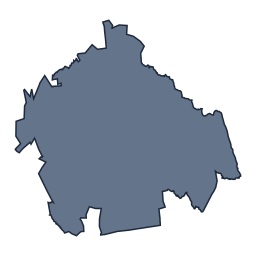 Chikomba, Mashonaland East, Zimbabwe
{"feature_id": "62879985B62139417575129", "entity_name": "Chikomba", "entity_type": "district", "adm_level": 2, "iso_a3": "ZWE", "parent_name": "Zimbabwe", "parent_adm1": "Mashonaland East", "projection": "equal_earth", "projection_center": [31.281, -18.846], "detail": "fine", "context": "isolated", "style": "filled", "palette": "slate", "viewbox_px": 256, "rotation_deg": 0, "n_neighbors": 0, "source": "geoboundaries", "source_scale": "gbopen_adm2", "svg_char_len": 5753}
<svg xmlns="http://www.w3.org/2000/svg" viewBox="0 0 256 256"><path d="M240.5,174.6L240.3,174.5L239.9,173.8L239.6,172.7L238.6,171.6L237.9,170.5L237.7,170.0L237.7,169.2L237.8,168.8L237.9,168.4L237.8,168.2L237.3,168.2L237.2,168.1L236.9,166.3L236.9,165.4L237.2,164.3L237.0,163.1L236.4,161.9L235.5,159.2L235.5,158.3L234.8,156.9L234.8,156.5L233.8,154.6L233.1,152.9L232.8,151.4L232.8,149.7L231.5,147.9L231.0,146.9L230.9,144.7L230.7,143.9L228.3,136.9L227.1,130.9L225.6,126.7L224.4,124.6L222.9,118.9L222.1,116.1L222.0,115.1L221.8,114.4L221.6,114.2L221.3,113.0L221.0,112.7L220.1,112.2L219.1,111.4L218.1,111.6L217.0,110.7L216.0,110.4L214.6,111.4L214.4,111.8L213.9,112.7L213.6,114.5L213.3,115.0L212.4,115.0L210.6,114.0L210.1,113.6L209.4,113.5L207.6,114.3L206.4,115.4L205.4,115.6L204.9,116.0L204.4,116.0L203.5,115.7L202.9,115.2L202.3,113.9L201.8,112.1L201.7,110.5L202.1,108.7L200.9,108.6L199.8,109.4L198.8,109.6L198.6,109.5L198.1,109.1L197.6,109.6L197.2,109.7L196.5,109.5L195.4,108.6L194.0,108.1L193.7,107.7L193.3,106.8L192.5,104.0L192.4,103.2L192.0,102.6L191.7,102.0L191.7,101.1L192.0,100.4L191.9,100.0L190.2,100.1L189.3,99.8L188.7,99.1L188.3,98.8L184.9,98.4L184.1,97.7L182.2,97.4L181.9,97.1L182.1,96.8L182.0,95.1L181.4,93.2L181.4,92.5L181.3,92.1L180.3,90.9L178.5,90.6L177.2,89.7L176.7,89.7L175.3,89.0L174.9,88.5L174.6,87.6L174.6,86.6L173.8,84.6L173.8,83.1L173.1,81.6L172.8,80.0L172.3,79.6L171.8,79.8L169.9,78.9L169.7,78.4L169.4,76.9L168.9,76.7L168.3,77.0L167.5,76.5L166.8,76.4L166.3,75.7L165.8,74.8L165.5,74.6L164.6,75.6L164.4,76.4L164.1,76.5L164.0,76.4L163.8,75.8L163.2,75.7L162.3,76.1L161.7,75.8L160.8,75.8L160.3,75.3L159.7,74.9L158.8,75.0L157.8,74.4L157.5,73.9L157.2,72.9L156.5,73.0L156.2,71.8L154.9,70.0L154.0,69.6L153.4,68.4L153.2,67.4L152.9,66.8L151.6,67.0L151.3,66.6L150.6,66.4L149.7,67.1L149.4,67.7L149.1,67.8L148.9,67.3L149.1,66.0L148.7,65.5L148.3,65.2L147.8,65.1L146.3,66.3L145.7,66.3L145.0,65.9L144.7,65.8L143.8,65.0L143.1,64.9L142.5,64.3L142.2,63.5L141.7,63.2L141.4,62.5L140.7,53.3L144.2,46.2L140.4,41.4L133.4,36.3L126.6,34.3L127.1,25.5L119.2,25.0L113.8,27.3L112.5,28.1L112.0,28.1L112.6,25.4L108.8,20.3L102.8,22.1L104.3,26.5L104.6,31.0L105.4,38.0L106.3,48.1L97.5,49.3L92.1,44.7L85.2,53.0L78.1,53.8L77.3,55.3L79.9,60.4L78.3,61.8L76.5,58.6L76.2,58.6L76.0,59.5L76.1,60.4L75.7,60.6L75.2,60.4L74.6,61.1L74.2,61.3L73.7,60.7L73.6,61.8L73.8,62.2L73.5,62.8L71.6,63.1L71.5,63.9L71.2,65.0L70.9,65.3L70.0,65.5L70.2,66.3L70.1,66.8L69.2,67.7L68.9,67.7L68.6,68.2L68.5,68.3L68.0,67.6L67.6,67.3L66.8,67.2L65.4,66.4L64.8,66.5L64.3,67.4L64.1,67.9L63.2,68.3L62.8,69.2L62.4,69.1L62.1,69.7L61.7,69.3L61.4,69.6L60.8,69.4L59.8,69.6L57.6,71.4L57.1,72.4L56.8,72.4L56.3,72.1L55.3,73.4L54.6,73.6L54.2,74.4L53.9,75.6L53.6,75.7L53.3,75.3L52.6,75.2L52.3,79.9L53.3,79.6L57.4,78.8L57.8,84.3L61.1,83.3L61.3,85.7L59.0,86.0L53.1,86.3L53.1,86.6L51.8,86.7L44.7,75.6L40.0,82.8L39.2,85.1L33.6,98.8L31.7,89.1L30.0,96.6L24.6,89.5L23.8,90.2L26.3,102.5L24.6,105.9L24.1,118.6L16.1,121.3L15.9,136.2L20.6,143.7L15.5,148.9L15.4,149.4L15.4,149.8L16.1,150.1L16.4,150.8L17.6,151.8L19.3,152.7L21.4,150.2L23.3,148.2L30.0,142.3L31.0,144.2L34.6,138.2L38.5,148.6L39.4,150.6L42.0,155.7L42.7,156.3L42.5,156.8L42.2,157.2L41.2,157.3L40.9,157.0L39.1,158.8L45.9,162.1L42.3,167.2L38.6,173.6L47.1,191.0L51.0,198.5L52.6,201.2L53.2,202.4L52.3,201.8L51.3,201.9L50.8,202.8L50.5,202.9L50.2,202.7L49.6,202.8L49.0,202.5L48.7,202.6L48.1,202.4L50.3,214.6L49.7,214.8L49.6,215.0L50.1,215.1L50.8,214.9L51.8,217.0L52.0,218.0L52.1,218.4L53.2,219.6L53.4,219.6L53.6,220.0L53.7,221.0L54.5,221.7L55.8,222.0L55.9,222.4L55.9,223.4L56.0,223.7L56.3,224.1L56.8,224.1L57.1,223.8L57.5,223.9L57.8,224.3L57.8,224.8L58.0,225.2L58.9,225.8L59.1,226.3L59.7,226.1L59.9,226.3L60.1,226.8L60.0,227.4L60.1,227.6L60.9,228.4L61.2,228.2L61.4,228.6L61.5,229.1L62.0,229.8L63.7,231.2L64.6,233.0L68.9,231.5L71.8,233.7L76.5,235.7L79.8,232.5L81.0,231.6L83.8,231.4L83.5,225.8L81.3,220.6L80.2,219.6L80.2,219.3L80.7,218.0L86.3,218.0L86.0,214.9L89.3,206.8L89.4,206.7L95.6,208.5L101.3,208.5L99.5,218.8L99.4,226.5L101.5,232.7L100.7,234.0L100.7,235.0L103.5,234.6L104.4,234.6L117.4,231.4L129.5,230.1L132.3,229.6L160.3,225.3L160.2,222.0L160.0,221.5L160.0,218.6L158.9,209.0L165.1,207.1L164.9,206.2L163.1,201.3L162.4,191.3L164.9,191.1L165.5,190.9L166.2,190.5L167.0,190.5L167.2,190.2L167.5,190.2L167.7,189.5L168.0,189.3L168.7,189.4L170.2,190.7L171.1,191.2L171.4,191.2L171.7,191.4L172.2,191.3L172.6,191.4L173.0,191.0L173.6,190.8L174.0,191.4L174.0,192.7L174.2,193.2L175.0,193.7L175.9,195.3L176.5,196.0L177.0,196.1L177.0,195.2L177.5,195.2L177.8,195.8L178.2,196.1L178.5,197.0L179.3,197.3L180.0,198.3L181.0,198.1L182.1,196.7L183.1,196.2L183.7,196.2L184.0,195.6L184.6,195.1L185.1,193.7L185.6,193.4L185.8,192.7L186.8,192.4L186.8,193.5L187.0,194.5L189.2,197.2L189.6,198.0L190.3,200.0L191.4,201.6L191.7,202.7L191.5,204.0L191.9,205.4L192.1,205.7L192.8,206.3L194.1,208.5L194.3,208.8L194.8,208.8L195.3,207.9L195.4,206.9L195.7,206.4L196.2,206.6L196.8,207.2L197.4,207.3L198.0,207.0L198.5,207.2L198.8,207.5L198.7,208.6L199.0,209.2L199.4,209.5L200.3,209.8L201.2,211.6L201.7,211.9L202.2,211.9L202.7,211.6L203.3,210.9L211.9,194.2L213.8,191.3L215.7,187.5L217.1,180.9L215.4,171.1L215.9,171.5L216.6,172.7L218.0,172.7L218.8,173.2L220.1,173.2L220.5,173.4L221.3,174.1L221.5,175.2L221.8,175.8L222.4,176.1L222.6,177.0L222.0,177.8L222.0,178.1L222.9,178.3L223.6,177.7L224.0,178.5L224.5,178.7L225.1,178.7L225.7,178.3L226.9,177.9L227.9,178.7L229.0,178.8L229.1,179.2L229.3,179.3L229.5,179.3L229.8,178.9L230.2,178.9L230.5,179.3L231.9,178.9L233.1,179.4L234.3,179.2L234.9,179.4L235.3,178.7L236.0,178.0L237.0,177.8L237.7,178.1L238.0,178.0L239.0,178.1L239.2,177.9L239.0,177.3L239.0,177.0L239.8,176.4L240.6,176.2L240.6,175.8L240.5,175.2L240.5,174.6Z" fill="#64748b" stroke="#1e293b" stroke-width="1.5"/></svg>